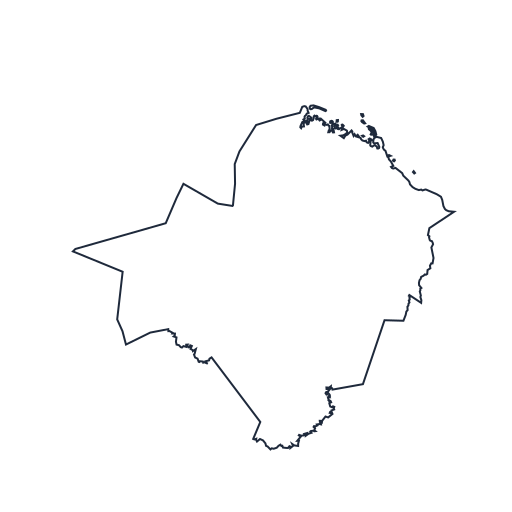 Madang District, Madang, Papua New Guinea, rotated 293°
{"feature_id": "67681753B97158406764408", "entity_name": "Madang District", "entity_type": "district", "adm_level": 2, "iso_a3": "PNG", "parent_name": "Papua New Guinea", "parent_adm1": "Madang", "projection": "mercator", "projection_center": [145.661, -5.093], "detail": "fine", "context": "isolated", "style": "outline", "palette": "slate", "viewbox_px": 512, "rotation_deg": 293, "n_neighbors": 0, "source": "geoboundaries", "source_scale": "gbopen_adm2", "svg_char_len": 6151}
<svg xmlns="http://www.w3.org/2000/svg" viewBox="0 0 512 512"><g transform="rotate(293 256 256)"><path d="M411.4,240.3L404.9,240.4L390.4,221.3L376.6,204.9L345.8,199.9L332.3,200.5L314.3,208.5L293.6,215.0L292.9,214.8L289.3,200.4L294.1,161.0L278.4,160.2L250.9,160.1L191.9,87.0L188.7,85.7L189.4,139.4L143.4,153.0L134.6,162.5L123.7,170.9L144.2,188.6L154.4,203.8L152.6,204.7L153.1,205.6L152.7,209.4L152.0,209.3L152.9,211.7L151.0,212.3L149.8,211.7L150.0,214.6L145.8,215.8L143.4,217.5L143.8,220.0L142.7,222.3L142.8,223.6L144.7,224.4L145.1,227.3L147.1,226.4L147.7,227.6L147.0,227.5L145.6,229.6L146.3,230.4L148.1,230.4L148.1,232.1L144.9,232.0L144.6,234.7L143.9,235.1L146.8,237.0L141.9,237.7L141.1,237.4L138.8,239.6L138.7,242.3L136.2,244.6L136.3,245.3L137.2,245.5L138.1,248.3L137.2,249.1L138.0,249.8L138.0,253.7L138.4,251.7L139.4,250.7L141.6,253.6L143.3,253.3L145.3,254.7L104.9,324.8L86.5,324.9L86.5,326.2L87.8,327.6L86.9,327.8L85.6,329.4L89.1,331.2L89.0,334.5L87.2,337.9L85.2,339.4L85.2,341.1L83.6,344.9L85.1,345.6L85.5,347.6L87.6,350.0L90.1,350.9L91.9,352.2L91.0,353.6L91.6,354.4L90.2,355.7L91.1,358.7L91.8,360.5L94.0,361.1L94.0,361.9L92.6,362.6L95.7,364.3L97.1,362.8L96.6,365.2L97.6,369.0L99.8,368.1L102.7,367.7L102.0,366.2L107.3,367.8L107.6,365.5L108.2,365.6L108.3,367.8L110.0,371.0L111.0,369.8L112.9,372.1L110.6,372.4L112.9,373.8L114.9,376.1L115.7,374.6L116.3,374.9L117.7,377.2L117.4,378.1L118.0,379.1L118.4,377.7L120.5,377.7L121.2,375.8L122.1,375.9L122.4,377.2L124.0,378.7L124.7,377.8L126.1,380.0L126.4,381.6L127.7,380.8L128.1,379.7L129.2,379.1L129.6,380.1L128.9,381.6L130.2,381.3L135.4,382.7L135.6,385.5L140.5,388.1L141.6,387.0L140.6,386.3L140.4,385.2L141.5,385.2L142.1,386.3L143.3,385.8L145.3,387.9L146.2,387.1L147.7,387.0L147.7,385.6L146.5,385.2L146.5,383.1L149.1,381.0L150.1,381.8L150.8,380.5L151.1,381.9L151.6,381.4L152.0,379.0L154.0,377.4L154.7,379.0L155.6,377.9L156.1,378.7L157.1,378.0L157.8,376.5L156.0,375.0L156.9,373.6L158.2,373.8L158.9,375.1L162.0,376.0L161.1,372.9L162.5,372.2L163.4,374.7L165.3,375.8L164.0,376.2L164.0,377.8L162.9,378.6L179.8,404.5L247.1,399.4L254.0,417.0L260.3,416.8L263.6,416.1L265.4,416.7L268.5,415.2L270.0,415.6L271.7,415.0L273.2,415.4L274.8,414.0L275.9,414.5L277.7,413.5L278.9,413.8L279.1,412.3L280.0,412.4L277.4,426.3L279.9,425.5L282.5,423.3L284.0,423.2L287.4,420.6L288.6,420.7L290.2,420.0L291.2,420.7L292.8,417.6L294.9,416.5L297.6,416.0L299.3,416.5L301.3,416.2L303.3,417.9L305.0,418.6L305.1,419.7L306.4,420.6L310.1,419.4L312.8,421.3L315.1,419.9L317.7,420.2L318.2,421.4L323.5,420.2L332.4,414.1L336.0,414.4L337.2,413.5L338.4,412.1L338.2,410.5L338.7,409.6L340.8,408.0L341.9,407.9L342.4,406.1L349.4,404.7L374.1,421.0L372.5,415.9L372.5,413.2L373.1,411.5L375.2,409.0L380.4,405.5L382.8,403.1L383.5,398.3L383.6,386.7L383.4,385.9L381.4,383.6L381.7,382.2L380.3,380.1L380.1,376.4L380.6,373.2L382.1,369.8L384.1,368.2L385.0,366.8L387.5,360.2L389.4,358.2L391.6,350.0L390.1,348.1L390.1,346.7L390.8,345.5L392.6,347.2L395.7,343.2L396.9,340.6L398.6,339.3L398.7,338.2L403.4,334.1L403.9,332.2L405.1,330.7L405.7,330.2L407.9,330.2L410.8,328.1L413.5,325.1L412.8,320.4L410.7,318.7L408.8,318.7L406.4,319.5L406.0,320.2L406.0,321.1L407.5,323.8L404.6,326.9L403.5,327.1L402.6,326.4L402.4,325.6L403.8,324.6L404.4,322.4L403.8,321.3L402.1,320.3L402.1,318.5L402.7,317.8L405.3,317.0L405.8,316.4L405.2,315.3L403.9,315.0L403.9,313.4L405.1,312.2L404.2,311.1L403.9,308.8L404.5,307.2L405.6,306.1L405.1,301.1L406.6,299.2L404.7,298.9L407.4,296.2L408.3,296.0L408.9,294.9L403.5,292.8L401.7,291.2L398.8,290.8L399.7,286.7L401.2,289.2L403.0,290.6L405.3,291.8L406.9,290.7L407.3,287.3L405.7,285.7L407.6,285.7L407.8,284.6L405.1,282.8L404.9,281.8L405.4,281.3L406.3,281.7L406.8,280.9L406.5,280.2L405.1,280.3L404.5,279.6L404.6,278.8L407.9,276.0L408.0,275.2L407.6,274.8L405.4,274.9L404.8,275.9L403.5,275.9L403.0,276.2L403.2,277.6L400.3,279.5L399.8,278.6L401.3,276.7L400.4,275.7L398.7,275.3L398.2,274.2L400.2,273.9L401.0,274.5L404.4,272.7L404.4,271.8L405.2,270.7L404.2,269.5L404.4,268.4L403.9,267.9L402.9,268.0L403.1,266.3L404.4,265.9L405.9,267.3L407.8,261.9L407.5,261.1L406.2,262.1L405.6,261.6L406.7,259.7L405.3,258.3L405.7,257.7L408.2,258.2L408.8,257.5L408.7,256.9L407.8,256.6L408.1,255.0L407.1,254.6L405.7,255.2L403.4,255.4L402.4,254.6L402.4,252.9L401.6,252.3L397.9,252.7L397.1,251.7L397.7,250.9L398.7,251.2L400.2,250.7L400.9,250.1L400.4,249.4L399.1,249.6L396.8,247.9L394.0,249.5L393.0,247.6L391.3,247.6L391.8,246.5L393.0,246.2L397.4,246.3L399.3,248.0L400.2,246.3L401.6,247.2L403.0,246.3L403.9,246.3L405.0,246.9L406.9,247.1L408.3,248.5L410.0,246.7L411.4,246.1L413.1,243.3L412.8,241.9L411.4,240.3ZM419.8,314.3L419.8,309.0L418.8,308.3L418.4,313.0L417.3,312.4L417.1,310.2L416.8,310.4L416.2,312.4L415.0,314.2L412.8,314.0L412.6,314.6L413.7,316.4L412.3,317.9L414.7,319.3L417.6,317.1L418.3,316.1L417.5,315.4L415.6,317.3L414.8,317.1L415.1,316.0L417.0,314.3L417.8,314.1L418.3,314.6L418.0,315.3L418.7,315.7L419.8,314.3ZM417.8,263.1L417.7,255.8L417.1,250.1L415.6,247.5L413.9,247.2L412.5,248.4L412.5,249.1L413.2,250.0L415.1,251.1L415.7,252.2L416.6,256.5L416.5,263.3L417.2,263.7L417.8,263.1ZM404.9,253.0L405.7,249.9L405.1,249.3L403.2,249.3L402.6,250.4L403.5,252.7L404.0,253.2L404.9,253.0ZM420.8,304.6L422.7,301.4L422.1,300.2L421.3,300.3L420.7,301.3L420.2,303.8L420.8,304.6ZM408.4,316.7L408.6,314.7L407.5,314.0L406.9,314.7L406.9,316.7L407.7,317.3L408.4,316.7ZM426.9,300.3L428.4,299.0L427.7,297.3L426.7,298.0L425.8,299.8L426.9,300.3ZM410.0,273.6L409.9,272.6L409.1,271.8L408.2,271.8L407.5,272.4L408.5,274.0L409.4,274.4L410.0,273.6ZM394.6,369.9L395.7,368.0L394.6,367.7L393.8,369.4L394.6,369.9ZM411.8,278.8L413.2,278.3L412.6,277.2L411.3,277.6L411.2,278.2L411.8,278.8ZM410.1,285.9L410.7,284.6L410.7,284.0L410.1,283.7L409.2,284.8L409.2,285.7L410.1,285.9ZM398.9,345.9L398.5,344.9L397.4,344.8L397.1,345.3L397.1,346.1L398.2,346.5L398.9,345.9ZM408.5,308.7L408.8,307.5L408.1,306.7L407.6,308.1L408.5,308.7ZM400.8,340.7L400.9,339.1L400.5,338.5L399.8,339.5L400.8,340.7ZM408.4,280.4L408.7,279.9L407.3,279.0L407.0,279.5L408.4,280.4ZM409.0,277.4L408.5,276.9L407.6,278.2L408.0,278.4L409.0,277.4ZM406.9,302.9L407.3,302.2L406.5,301.8L406.9,302.9Z" fill="none" stroke="#1e293b" stroke-width="2"/></g></svg>